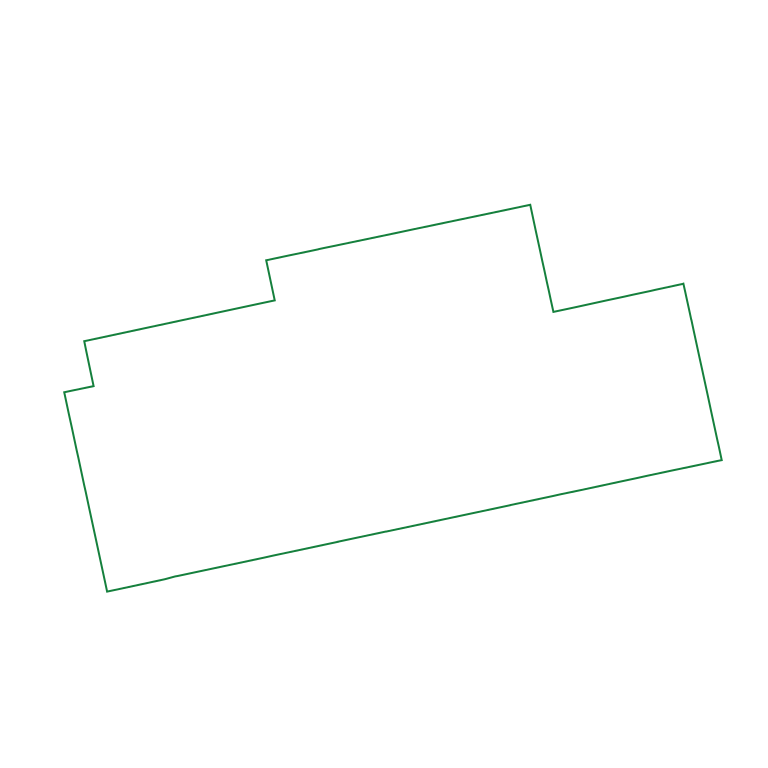 the district of Orroroo Carrieton, South Australia, Australia, rotated 258°
{"feature_id": "25037944B41363903956940", "entity_name": "Orroroo Carrieton", "entity_type": "district", "adm_level": 2, "iso_a3": "AUS", "parent_name": "Australia", "parent_adm1": "South Australia", "projection": "albers", "projection_center": [138.617, -32.532], "detail": "fine", "context": "isolated", "style": "outline", "palette": "green", "viewbox_px": 768, "rotation_deg": 258, "n_neighbors": 0, "source": "geoboundaries", "source_scale": "gbopen_adm2", "svg_char_len": 1777}
<svg xmlns="http://www.w3.org/2000/svg" viewBox="0 0 768 768"><g transform="rotate(258 384 384)"><path d="M239.1,224.6L239.1,230.9L239.2,239.9L239.2,243.5L239.2,243.8L239.2,295.0L239.2,303.7L239.2,306.0L239.3,306.0L239.3,312.1L239.3,325.3L239.3,355.1L239.2,355.3L239.2,413.4L239.2,431.9L239.2,445.1L239.2,469.3L239.2,469.6L239.2,469.8L239.2,482.3L239.3,482.4L239.3,512.8L239.3,520.7L239.3,523.4L239.3,525.7L239.4,533.5L239.4,534.0L239.4,534.3L239.4,534.5L239.3,554.0L239.4,593.4L239.4,604.7L239.4,611.1L239.5,622.3L239.5,648.6L239.5,648.8L239.4,676.7L239.4,693.7L239.3,698.5L241.0,698.5L252.7,698.5L261.0,698.4L290.1,698.3L291.5,698.3L303.8,698.3L304.1,698.3L304.3,698.3L328.2,698.2L328.3,698.2L330.4,698.2L343.8,698.1L372.7,698.0L378.0,698.0L381.8,698.0L382.9,698.0L383.1,697.9L390.1,697.9L406.8,697.8L411.0,697.8L419.9,697.7L419.8,697.0L419.7,668.8L419.6,663.9L419.6,659.4L419.6,648.4L419.6,645.8L419.5,637.2L419.5,618.7L419.3,586.7L419.3,575.1L419.3,567.7L419.3,564.7L432.4,564.6L441.2,564.6L449.8,564.5L461.5,564.5L472.4,564.4L482.1,564.4L502.8,564.3L503.4,564.3L514.8,564.3L528.9,564.3L528.9,546.3L529.1,476.7L529.2,446.2L529.2,432.2L529.4,371.1L529.4,365.1L529.5,354.3L529.5,348.4L529.4,347.6L529.4,340.8L529.5,317.8L529.5,315.3L529.5,312.9L529.5,294.5L513.0,294.5L504.9,294.5L499.8,294.5L488.5,294.5L488.5,284.0L488.5,279.0L488.5,276.2L488.5,275.5L488.5,273.9L488.3,164.9L488.2,99.7L479.3,99.6L442.3,99.5L442.4,77.8L442.4,69.5L435.2,69.5L420.6,69.5L406.4,69.6L392.9,69.6L382.9,69.6L375.4,69.7L368.5,69.7L361.8,69.7L347.5,69.7L340.7,69.8L334.0,69.8L324.8,69.8L294.6,69.9L247.0,70.0L238.5,70.0L238.5,82.6L238.6,129.0L238.7,130.8L239.2,139.8L239.1,142.1L239.1,143.7L239.1,157.8L239.1,167.5L239.1,188.3L239.1,224.6Z" fill="none" stroke="#15803d" stroke-width="2"/></g></svg>